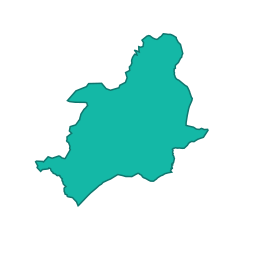 the district of Lere, Kaduna, Nigeria, rotated 50°
{"feature_id": "59680162B33448314455063", "entity_name": "Lere", "entity_type": "district", "adm_level": 2, "iso_a3": "NGA", "parent_name": "Nigeria", "parent_adm1": "Kaduna", "projection": "albers", "projection_center": [8.605, 10.36], "detail": "fine", "context": "isolated", "style": "filled", "palette": "teal", "viewbox_px": 256, "rotation_deg": 50, "n_neighbors": 0, "source": "geoboundaries", "source_scale": "gbopen_adm2", "svg_char_len": 4347}
<svg xmlns="http://www.w3.org/2000/svg" viewBox="0 0 256 256"><g transform="rotate(50 128 128)"><path d="M189.9,122.9L189.6,122.9L189.3,122.9L189.0,123.0L188.6,123.1L188.4,122.9L188.1,122.8L187.9,122.7L187.9,122.3L187.7,122.1L187.6,121.9L187.6,121.6L187.6,121.4L187.4,121.3L187.3,121.1L187.1,121.1L186.8,121.1L186.7,121.0L186.8,120.8L186.9,120.7L187.1,120.6L187.1,120.4L187.2,120.1L187.3,120.0L187.1,119.9L187.0,119.7L186.9,119.7L186.7,119.7L186.7,119.8L186.5,119.7L186.3,119.8L186.2,119.6L186.1,119.4L185.9,119.4L185.8,119.2L185.7,119.1L185.4,119.0L185.4,118.9L185.2,118.8L185.2,118.6L184.9,118.4L184.9,118.2L184.7,118.3L184.5,118.2L184.3,118.1L184.4,117.9L184.6,117.9L184.7,117.7L184.9,117.7L185.0,117.5L184.8,117.4L184.6,117.2L184.5,117.3L184.3,117.4L184.0,117.4L183.8,117.3L183.8,117.2L183.6,116.9L183.8,116.6L183.7,116.4L183.6,116.2L183.9,115.8L183.7,115.3L181.0,111.9L179.9,111.8L179.6,111.4L179.2,111.2L178.8,111.1L178.0,110.9L177.3,111.0L176.7,110.3L176.7,109.9L176.1,109.8L175.8,109.8L174.8,109.1L174.7,108.9L174.3,108.1L173.9,107.9L173.4,107.8L173.0,107.8L172.8,107.7L172.8,106.5L173.7,104.2L175.0,103.3L175.9,102.1L176.4,101.4L177.2,100.7L178.3,99.6L178.6,99.3L179.6,97.9L179.4,93.6L179.0,92.4L178.7,91.6L178.7,90.1L178.8,89.2L179.1,88.3L179.2,87.9L180.9,86.2L181.1,84.3L181.5,81.8L182.4,79.2L183.1,77.5L183.6,76.2L181.2,68.2L180.2,67.9L178.1,70.7L176.7,71.3L175.5,72.0L175.0,74.2L172.9,76.3L169.5,77.3L167.5,78.8L165.4,80.4L163.3,81.8L161.4,80.2L156.5,74.6L152.2,69.1L150.8,67.0L149.7,64.8L148.0,61.4L146.6,59.7L145.3,59.7L142.7,58.7L139.8,57.6L139.6,57.4L135.9,56.4L134.1,56.1L132.6,56.7L131.4,57.0L124.3,58.3L121.7,59.4L119.4,59.2L119.1,59.0L118.4,58.7L116.5,58.0L115.6,56.9L114.4,56.5L113.2,55.3L112.4,54.7L112.6,53.9L112.7,53.3L111.1,52.2L110.4,51.1L110.2,47.3L108.3,42.8L108.3,41.5L106.9,39.8L106.2,38.2L97.7,34.1L94.4,34.4L94.1,34.3L90.8,33.6L89.6,32.9L85.9,34.1L83.7,35.2L82.8,36.2L82.0,37.2L81.0,38.0L78.5,40.4L79.1,43.3L79.1,44.0L78.8,45.7L79.0,47.3L78.8,48.8L77.6,49.8L76.8,50.3L74.8,51.2L71.4,52.0L70.4,52.9L69.9,54.4L69.8,54.5L69.7,60.8L72.6,61.2L75.2,64.1L74.3,66.4L72.6,67.5L75.4,69.6L77.0,70.5L74.3,71.9L72.7,73.0L72.4,73.2L73.2,73.1L74.7,73.0L77.7,74.2L77.2,74.5L75.8,75.5L76.5,78.0L77.0,79.3L78.2,81.3L78.6,81.8L79.3,82.4L80.7,83.2L81.9,85.6L82.1,87.7L85.0,89.7L84.0,94.2L88.1,96.0L89.0,96.4L91.4,100.7L90.0,106.8L91.4,109.0L87.8,117.2L83.8,119.5L80.7,119.5L77.0,119.5L76.8,119.5L68.7,129.6L69.3,132.2L69.5,132.6L69.6,133.3L66.1,144.0L68.1,156.8L69.4,156.2L70.4,155.6L74.3,151.9L80.0,145.3L80.9,144.3L82.1,143.4L85.0,144.6L84.9,145.6L85.4,147.4L85.4,148.7L85.4,149.1L85.5,149.9L87.0,154.8L87.7,156.0L88.2,156.5L88.3,156.6L89.0,157.8L90.7,159.9L90.5,160.7L91.0,161.9L92.0,166.1L89.8,171.4L92.6,174.8L95.8,174.5L95.6,180.5L97.6,182.0L98.4,183.3L99.5,183.4L100.9,182.9L104.7,184.2L106.3,186.0L106.8,186.0L107.4,186.0L108.0,187.5L111.0,195.7L110.7,196.2L109.8,196.9L108.6,197.8L107.6,198.0L106.7,198.2L106.4,198.2L105.0,198.9L102.4,205.6L98.7,207.7L99.7,214.5L99.4,214.7L98.8,214.8L94.9,219.0L94.5,219.5L94.5,220.5L98.3,221.3L99.0,221.4L99.4,222.2L99.6,222.5L99.9,223.1L105.1,222.8L104.9,220.9L104.9,220.1L105.5,219.3L106.2,218.1L106.5,217.8L108.0,215.4L107.8,214.3L109.3,213.5L111.1,214.3L111.7,214.3L112.5,214.3L113.3,214.1L113.8,214.0L114.0,214.2L114.5,214.4L116.5,213.3L116.8,213.2L117.0,213.1L117.5,213.0L117.9,213.1L118.6,213.0L118.8,212.7L119.2,212.6L119.8,211.6L120.4,210.9L121.2,211.0L121.3,211.2L123.5,211.3L124.6,211.0L125.3,212.0L126.5,212.5L127.6,212.5L128.0,213.0L129.6,213.6L132.9,213.2L132.9,213.4L132.9,214.6L132.9,214.9L133.0,215.5L133.2,215.8L135.8,217.8L136.6,217.8L136.9,218.0L137.8,218.5L138.4,218.7L138.9,218.3L139.8,217.7L141.2,218.4L141.7,218.3L142.2,218.0L142.5,217.8L145.7,215.2L147.4,215.2L151.4,214.9L155.5,216.2L155.5,215.3L154.0,202.0L153.7,198.4L153.7,195.5L153.7,191.7L153.6,188.9L153.5,187.5L153.6,186.5L153.9,184.3L153.6,182.1L155.1,176.4L155.8,174.3L156.4,170.3L157.1,165.7L157.9,165.1L160.3,163.2L160.7,162.9L163.7,160.9L166.6,157.5L167.7,156.3L168.0,154.8L168.6,151.6L169.1,149.5L170.1,148.8L171.1,148.7L172.9,148.0L174.8,148.3L176.3,147.9L177.8,147.0L181.3,145.7L183.1,144.9L184.1,143.8L184.3,143.6L185.2,142.5L185.2,141.1L185.4,139.1L185.2,137.4L185.4,135.7L185.7,133.5L186.4,131.7L186.7,129.2L188.1,126.1L189.9,122.9Z" fill="#14b8a6" stroke="#0f766e" stroke-width="1.5"/></g></svg>